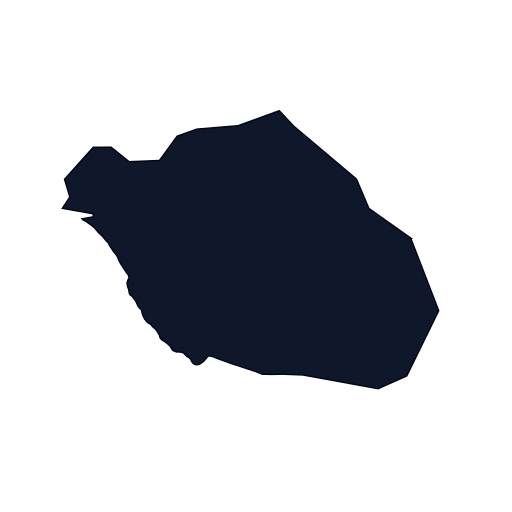 the district of Maban, Upper Nile, South Sudan, rotated 137°
{"feature_id": "79223893B87220542132951", "entity_name": "Maban", "entity_type": "district", "adm_level": 2, "iso_a3": "SSD", "parent_name": "South Sudan", "parent_adm1": "Upper Nile", "projection": "natural_earth1", "projection_center": [33.834, 10.017], "detail": "fine", "context": "isolated", "style": "filled", "palette": "ink", "viewbox_px": 512, "rotation_deg": 137, "n_neighbors": 0, "source": "geoboundaries", "source_scale": "gbopen_adm2", "svg_char_len": 1714}
<svg xmlns="http://www.w3.org/2000/svg" viewBox="0 0 512 512"><g transform="rotate(137 256 256)"><path d="M357.9,401.8L357.9,400.5L356.8,397.4L355.0,388.4L354.9,386.5L355.2,380.8L355.0,378.2L354.8,374.1L355.0,372.6L355.2,369.3L355.0,366.6L355.4,365.4L356.0,363.4L356.4,360.6L357.2,356.3L357.3,353.7L357.6,350.8L358.1,349.2L359.6,345.4L359.9,343.7L360.4,342.0L360.6,340.0L361.2,337.3L361.7,334.1L362.1,332.2L362.2,330.6L362.4,329.2L362.9,327.8L363.4,327.1L363.8,326.4L364.9,326.2L366.4,325.6L367.4,324.8L368.7,324.3L370.1,322.1L370.8,321.1L371.2,320.3L371.7,318.7L372.5,317.5L374.0,315.3L374.5,313.3L374.0,310.2L374.4,308.4L374.5,306.6L375.1,303.7L375.9,301.5L376.5,299.6L376.7,297.4L376.5,295.6L376.6,294.4L377.3,293.5L378.2,291.9L379.4,289.3L380.4,285.9L380.6,282.8L380.5,280.6L380.1,279.4L379.6,277.6L379.8,275.0L379.7,273.4L379.3,271.8L379.5,270.7L379.4,269.3L380.0,267.2L380.6,264.0L381.6,262.3L382.0,260.8L382.0,258.7L380.9,254.8L380.5,252.0L380.3,248.9L380.6,247.2L381.0,245.3L381.1,243.3L379.5,239.9L377.9,238.6L376.3,236.6L375.1,234.6L375.1,233.1L375.0,229.6L374.3,227.3L374.1,225.1L374.8,223.2L375.2,221.2L374.9,219.0L374.0,217.4L372.4,216.1L370.3,215.2L368.2,215.0L365.8,214.7L363.7,214.9L361.5,215.3L359.6,215.3L358.3,215.3L357.9,214.1L356.8,212.9L356.2,211.8L354.2,207.5L349.5,198.4L347.9,195.1L334.8,171.3L332.0,165.3L326.0,159.4L316.6,150.9L302.9,137.1L270.0,92.9L257.1,75.6L249.9,73.2L227.5,65.5L159.7,91.4L130.7,163.5L130.6,163.4L141.0,213.8L130.1,243.8L139.9,325.4L139.9,346.4L180.4,363.6L212.7,389.1L231.9,397.4L261.5,391.7L284.5,411.5L287.8,434.4L300.9,446.5L343.7,442.7L351.9,426.1L365.1,422.9L346.4,398.1L348.1,395.5L357.9,401.8Z" fill="#0f172a" stroke="#020617" stroke-width="1.5"/></g></svg>